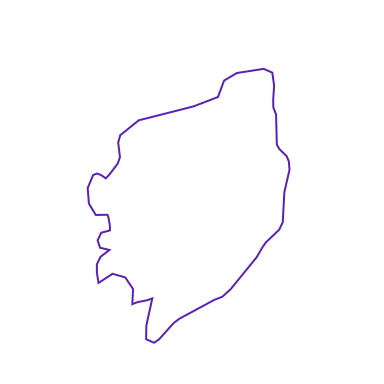 map outline of Marinduque (Equal Earth projection), rotated 219°
{"feature_id": "PHL-2569", "entity_name": "Marinduque", "entity_type": "Province", "adm_level": 1, "iso_a3": "PHL", "parent_name": "Philippines", "parent_adm1": "", "projection": "equal_earth", "projection_center": [121.977, 13.385], "detail": "fine", "context": "isolated", "style": "outline", "palette": "violet", "viewbox_px": 384, "rotation_deg": 219, "n_neighbors": 0, "source": "natural_earth", "source_scale": "10m", "svg_char_len": 902}
<svg xmlns="http://www.w3.org/2000/svg" viewBox="0 0 384 384"><g transform="rotate(219 192 192)"><path d="M267.6,167.3L269.9,173.7L280.5,184.0L283.5,191.0L278.5,214.2L244.7,259.5L231.6,282.2L237.2,298.8L232.1,312.6L213.8,332.8L204.7,335.3L195.1,326.3L186.9,314.7L181.9,308.8L175.5,305.2L155.9,282.2L151.0,280.3L141.0,279.4L136.1,276.8L130.2,270.6L120.2,250.1L102.5,225.7L100.5,217.6L102.9,199.2L102.5,193.7L100.7,182.2L100.8,140.8L102.5,129.7L106.7,122.4L122.0,85.8L123.8,78.5L124.9,56.6L126.6,51.0L135.0,48.7L143.4,59.4L155.9,84.3L158.6,79.8L165.1,72.0L167.8,67.3L176.7,79.5L190.1,83.6L202.3,78.4L207.4,62.5L215.0,69.3L220.4,75.9L222.3,84.1L219.7,95.0L228.4,90.8L234.9,95.0L236.9,103.2L231.6,110.5L234.1,113.6L240.4,119.3L243.4,121.1L252.3,113.6L264.8,118.1L275.6,129.5L279.5,143.0L277.4,146.6L273.3,148.0L267.6,148.3L267.2,153.8L267.6,167.3Z" fill="none" stroke="#5b21b6" stroke-width="2"/></g></svg>